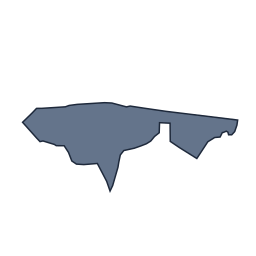 the district of Mirabad, Tashkent, Uzbekistan, rotated 301°
{"feature_id": "79887680B42032774497005", "entity_name": "Mirabad", "entity_type": "district", "adm_level": 2, "iso_a3": "UZB", "parent_name": "Uzbekistan", "parent_adm1": "Tashkent", "projection": "orthographic", "projection_center": [69.266, 41.239], "detail": "fine", "context": "isolated", "style": "filled", "palette": "slate", "viewbox_px": 256, "rotation_deg": 301, "n_neighbors": 0, "source": "geoboundaries", "source_scale": "gbopen_adm2", "svg_char_len": 796}
<svg xmlns="http://www.w3.org/2000/svg" viewBox="0 0 256 256"><g transform="rotate(301 128 128)"><path d="M175.6,220.4L179.9,221.3L186.5,219.9L191.3,217.9L161.9,152.1L153.2,131.4L147.9,118.5L145.3,115.8L141.1,101.3L137.6,94.8L122.1,72.3L117.0,65.9L113.9,63.4L100.6,44.2L97.7,39.5L91.9,38.2L78.6,34.7L72.3,55.0L71.0,59.6L73.1,61.8L76.0,73.4L75.9,75.6L79.9,82.4L76.4,89.6L70.8,96.8L70.5,102.4L73.9,109.0L81.8,120.0L71.3,137.2L64.7,145.1L70.8,144.5L89.2,139.6L93.7,137.8L100.9,135.3L106.5,136.0L113.9,143.8L119.2,148.2L124.0,151.9L128.5,154.2L134.4,155.1L140.0,157.2L148.8,152.3L153.8,161.6L138.3,171.1L137.7,182.2L137.3,202.7L157.3,203.5L164.5,207.2L167.7,211.6L172.7,211.2L173.3,212.0L175.9,213.9L175.9,215.8L174.0,217.7L175.6,220.4Z" fill="#64748b" stroke="#1e293b" stroke-width="1.5"/></g></svg>